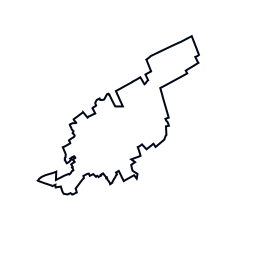 the district of Baca, Yucatán, Mexico, rotated 56°
{"feature_id": "50627088B9866557271216", "entity_name": "Baca", "entity_type": "district", "adm_level": 2, "iso_a3": "MEX", "parent_name": "Mexico", "parent_adm1": "Yucatán", "projection": "robinson", "projection_center": [-89.395, 21.134], "detail": "fine", "context": "isolated", "style": "outline", "palette": "ink", "viewbox_px": 256, "rotation_deg": 56, "n_neighbors": 0, "source": "geoboundaries", "source_scale": "gbopen_adm2", "svg_char_len": 5185}
<svg xmlns="http://www.w3.org/2000/svg" viewBox="0 0 256 256"><g transform="rotate(56 128 128)"><path d="M174.9,149.1L174.6,148.7L171.4,145.8L169.5,146.6L167.9,147.3L166.0,148.1L165.1,147.8L164.3,147.6L162.2,146.7L160.4,146.0L160.4,145.4L160.3,143.7L160.3,141.2L159.4,141.5L159.2,141.6L158.7,141.8L158.3,141.9L157.9,142.1L157.6,142.2L157.1,142.4L156.7,142.5L155.9,142.8L156.0,142.5L156.2,141.5L156.4,140.6L156.8,138.9L157.0,138.0L157.3,137.0L157.7,135.2L158.1,133.2L157.8,133.1L157.5,133.0L157.1,132.8L156.6,132.7L155.6,132.3L154.7,132.1L154.4,132.0L153.6,131.7L153.1,131.6L151.8,131.2L150.7,130.9L149.8,130.7L149.3,130.6L149.5,129.5L149.6,127.6L149.5,126.8L149.4,125.6L156.0,124.5L155.6,118.7L155.3,116.4L155.3,115.7L157.3,115.7L159.1,115.8L159.1,115.7L159.1,114.6L159.1,114.4L158.8,112.6L158.7,111.4L158.5,109.5L158.0,104.6L157.9,104.6L157.3,103.6L156.7,102.8L155.6,101.2L155.3,100.7L155.4,100.3L155.0,99.9L147.9,95.6L149.0,92.8L145.5,91.9L143.4,92.2L141.3,91.8L142.2,88.5L138.9,87.4L131.8,85.1L123.4,82.4L117.6,80.4L117.4,80.4L112.9,78.9L113.2,76.4L113.8,70.8L114.1,67.4L115.0,58.2L115.5,52.8L115.9,48.4L112.7,48.0L113.4,33.2L112.2,33.2L106.7,32.5L106.8,31.9L107.2,30.3L107.1,28.3L99.4,26.5L87.5,23.8L86.2,35.7L84.8,43.7L83.5,52.4L83.0,55.7L81.1,68.8L81.4,70.8L81.6,74.2L81.6,74.3L81.6,74.6L82.2,74.6L94.0,77.2L94.0,77.7L93.7,80.2L93.4,83.6L99.7,84.6L99.7,85.4L99.9,85.9L100.1,86.6L100.2,87.2L100.8,88.3L100.9,88.7L100.9,89.5L100.9,89.9L92.9,89.4L92.6,94.0L92.6,94.3L92.5,95.1L92.4,95.9L92.2,97.9L92.1,98.4L92.3,98.5L92.3,99.0L92.2,100.2L92.1,100.9L92.0,101.7L92.0,102.5L91.9,103.3L91.8,104.0L91.7,105.5L91.5,107.1L91.5,107.9L91.3,109.7L91.2,110.6L91.2,111.5L91.1,112.7L91.0,113.3L90.7,116.4L90.6,117.4L91.3,117.5L92.0,117.6L92.7,117.7L93.4,117.9L94.8,118.1L96.0,118.3L97.3,118.5L99.3,118.9L101.8,119.3L103.9,119.6L104.6,119.8L107.2,120.2L105.6,122.7L105.4,122.9L104.3,124.7L103.4,125.9L102.9,126.5L97.4,125.9L97.1,125.8L96.7,125.8L95.8,125.7L93.0,125.3L90.0,124.8L90.0,125.2L88.6,125.2L88.4,126.1L88.3,126.5L89.3,128.5L91.0,131.7L90.7,133.1L89.3,135.3L88.9,135.2L87.7,135.0L87.3,138.2L87.8,139.3L88.7,140.9L89.1,141.2L89.7,141.5L90.3,141.6L90.5,141.6L90.9,141.7L91.2,141.8L91.6,141.9L91.6,142.6L91.7,143.9L91.7,144.0L91.6,144.3L91.6,144.6L91.5,145.0L91.6,146.0L91.7,146.4L92.2,146.5L92.6,146.5L93.0,146.5L93.2,146.4L93.5,146.6L97.7,147.0L97.7,147.3L97.3,148.7L97.2,149.1L97.2,149.4L97.3,149.7L97.1,150.4L96.7,153.6L96.5,154.0L96.8,155.7L90.6,156.3L89.8,156.4L89.9,156.5L89.9,157.6L90.0,160.3L90.2,163.2L90.3,167.2L90.4,167.3L90.4,168.2L90.9,168.3L91.7,168.4L92.5,168.3L93.3,168.1L94.6,168.0L94.8,168.1L93.8,170.2L93.7,170.3L92.9,171.5L92.9,172.4L92.7,173.4L92.7,173.7L92.6,174.3L93.5,174.5L94.1,174.8L96.0,174.9L97.8,175.5L98.0,175.4L100.1,174.9L100.6,175.5L100.9,175.9L101.0,176.5L101.4,176.8L101.6,176.7L102.9,176.4L103.6,176.3L104.7,176.6L104.9,177.2L105.2,177.7L105.1,180.8L105.2,183.8L106.0,184.0L107.3,184.0L108.4,184.4L108.0,190.3L107.5,192.8L115.0,194.3L117.0,195.9L117.4,196.2L117.4,196.4L117.4,196.7L117.9,197.5L118.3,197.6L118.8,197.8L119.4,198.0L119.4,198.3L123.0,198.5L123.1,197.9L123.1,196.1L123.1,194.9L122.7,194.3L122.6,192.7L121.1,193.0L121.2,192.3L121.2,192.0L121.2,191.6L120.9,191.3L121.0,190.5L121.1,189.8L121.1,189.6L121.2,189.0L121.8,189.1L121.8,188.3L123.3,188.4L123.3,189.3L123.3,190.2L123.3,191.1L123.3,191.5L123.7,191.5L124.9,191.3L125.7,191.2L126.2,191.2L126.3,191.2L126.3,194.7L126.5,195.2L126.5,195.5L129.4,195.6L129.5,196.5L129.8,196.4L130.1,196.5L131.2,196.5L132.6,197.0L132.4,198.1L132.4,198.7L133.3,200.4L133.4,201.1L133.5,201.2L133.7,202.7L132.9,202.9L131.9,207.6L130.8,216.8L124.1,211.9L124.0,212.7L122.9,216.8L121.7,220.5L121.0,222.7L120.4,226.0L120.3,226.6L120.2,227.2L120.3,227.5L120.4,228.4L120.4,229.8L120.5,230.1L121.1,231.4L121.2,232.2L121.6,232.1L122.0,231.8L122.2,231.6L122.7,231.3L123.1,231.0L123.5,230.7L124.7,229.8L125.6,229.2L126.7,228.3L127.4,227.9L128.7,226.8L133.6,223.1L133.9,223.1L134.5,219.9L135.7,220.9L136.9,221.2L137.2,220.5L137.3,220.1L139.0,216.4L140.8,217.0L143.9,217.9L146.6,218.1L149.3,215.3L149.4,214.9L149.4,214.4L149.5,214.1L149.5,213.9L149.5,213.6L149.6,213.2L149.8,212.7L149.9,212.1L150.2,212.1L151.1,211.5L151.7,211.5L151.8,211.2L152.1,211.2L152.3,210.7L152.4,209.8L152.6,207.6L152.8,206.5L149.0,205.2L148.8,205.2L148.7,205.0L148.7,204.5L147.4,200.8L145.2,194.4L145.1,193.3L144.9,192.6L142.8,191.8L143.0,191.1L143.0,189.6L143.4,187.0L143.9,186.0L146.3,186.4L146.8,182.6L150.6,181.8L150.4,181.2L150.4,180.4L150.5,180.1L152.2,179.8L152.1,179.2L152.5,176.9L152.4,176.7L151.6,176.7L151.7,174.1L156.0,173.7L157.3,174.1L157.2,173.2L158.4,173.5L158.7,173.6L158.9,173.7L159.1,173.8L159.6,173.9L160.7,173.8L161.3,173.7L161.5,173.7L162.0,173.7L162.5,173.9L163.0,173.8L163.4,173.8L163.7,173.8L163.8,173.9L164.3,173.9L164.6,174.1L164.7,173.4L164.7,173.1L164.5,172.6L164.6,171.7L164.0,170.9L163.8,170.7L163.6,170.3L162.2,167.5L162.2,167.3L161.8,166.3L161.0,165.1L160.6,164.3L160.4,163.1L158.2,162.8L158.4,159.7L161.2,160.0L164.1,160.4L164.4,160.5L165.1,160.6L166.0,160.7L166.4,160.8L167.5,160.9L167.8,160.9L169.6,161.2L169.8,158.0L170.6,149.3L174.7,149.1L174.9,149.1Z" fill="none" stroke="#020617" stroke-width="2"/></g></svg>